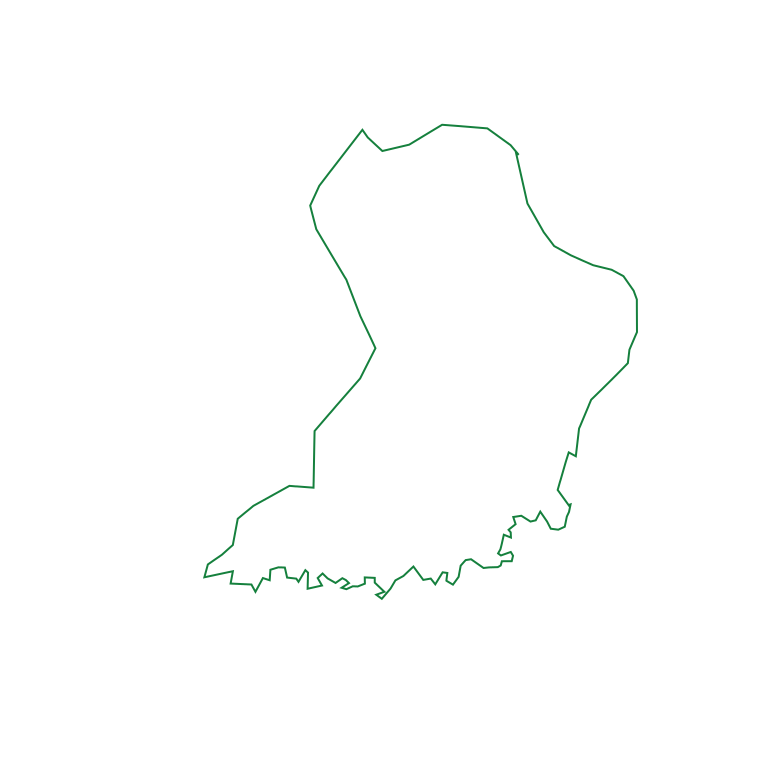 Buu-Yao, Nimba, Liberia (Albers equal-area conic projection), rotated 55°
{"feature_id": "62588387B45934307689461", "entity_name": "Buu-Yao", "entity_type": "district", "adm_level": 2, "iso_a3": "LBR", "parent_name": "Liberia", "parent_adm1": "Nimba", "projection": "albers", "projection_center": [-8.418, 6.861], "detail": "fine", "context": "isolated", "style": "outline", "palette": "green", "viewbox_px": 768, "rotation_deg": 55, "n_neighbors": 0, "source": "geoboundaries", "source_scale": "gbopen_adm2", "svg_char_len": 2505}
<svg xmlns="http://www.w3.org/2000/svg" viewBox="0 0 768 768"><g transform="rotate(55 384 384)"><path d="M383.6,468.5L398.4,479.3L424.0,497.9L424.5,498.3L428.5,501.2L417.6,514.5L417.1,515.2L413.2,519.9L411.3,538.0L409.6,554.2L408.9,560.9L409.3,565.5L409.7,571.3L410.5,581.1L429.2,600.2L429.8,605.7L430.9,614.7L430.8,625.2L430.8,630.3L430.8,631.8L439.3,642.0L448.7,619.8L450.7,615.2L459.5,624.1L472.2,607.6L480.5,608.5L473.5,594.5L477.5,591.5L479.2,590.2L471.0,583.6L473.6,575.7L476.1,572.3L477.5,570.5L487.0,574.4L493.1,567.5L497.0,567.5L491.4,555.2L494.1,554.6L494.9,554.4L507.9,564.0L513.5,550.4L504.9,549.6L504.0,543.0L508.3,542.2L510.9,541.7L519.2,537.8L519.2,534.7L519.2,529.5L522.7,527.7L527.0,526.9L526.6,535.6L530.5,532.5L531.8,525.6L534.8,521.6L536.0,516.6L536.1,516.1L536.6,514.2L531.4,510.7L537.5,502.8L541.4,505.5L554.4,502.9L552.2,511.2L558.7,509.0L555.6,497.0L555.3,495.9L551.4,487.3L552.4,478.2L551.7,473.5L550.4,464.6L567.0,464.2L570.2,457.3L577.5,456.9L571.9,444.0L574.1,441.6L575.1,440.5L575.9,441.2L579.4,444.4L580.9,445.7L581.5,445.5L587.9,442.6L584.8,433.5L576.8,425.4L575.6,420.4L575.1,418.1L577.5,413.2L591.8,408.0L594.5,403.1L599.3,395.8L599.6,392.5L596.8,389.1L602.4,381.0L598.7,376.8L594.3,376.5L591.5,386.6L588.2,387.7L586.2,383.5L584.6,381.6L582.6,379.3L576.2,372.3L582.6,368.1L578.2,365.3L574.9,365.6L574.8,364.5L574.3,356.6L567.1,354.4L567.9,352.8L570.7,347.1L580.7,342.9L582.7,337.9L578.2,329.2L590.2,329.3L598.2,330.4L603.3,324.8L604.6,317.8L597.5,310.3L594.9,305.8L589.6,300.2L589.4,300.9L590.5,302.2L577.0,302.4L570.4,302.5L565.1,296.0L563.8,294.3L552.0,279.7L546.0,271.9L553.2,268.3L532.3,249.7L531.0,247.5L527.2,241.5L519.2,228.8L518.7,228.1L515.7,223.3L513.9,212.2L513.5,209.7L512.6,204.5L510.9,194.5L509.0,183.9L506.8,172.3L497.5,164.0L496.7,163.3L489.1,151.1L486.6,147.0L466.1,132.8L459.8,128.4L450.8,126.0L433.0,126.0L421.0,132.0L417.9,134.7L406.7,144.5L397.0,150.4L385.8,157.1L368.6,165.5L351.3,166.1L344.1,165.4L322.9,163.4L318.5,163.0L291.2,151.8L270.2,143.2L273.5,142.2L264.5,143.0L261.0,143.3L233.9,152.7L216.4,173.8L205.0,187.7L204.0,201.9L202.4,226.1L198.1,236.9L192.2,251.7L177.9,254.8L172.7,255.9L170.9,255.9L163.4,255.9L164.3,258.8L178.2,303.3L179.1,306.3L184.5,323.3L195.5,342.1L198.0,343.1L218.4,350.7L247.4,352.9L273.1,354.8L276.9,355.0L293.3,359.1L315.0,364.5L335.3,367.9L345.5,369.7L349.8,370.5L353.8,378.0L359.4,388.5L365.8,400.4L374.5,435.7L376.0,441.4L377.4,447.1L382.7,467.8L383.6,468.5Z" fill="none" stroke="#15803d" stroke-width="2"/></g></svg>